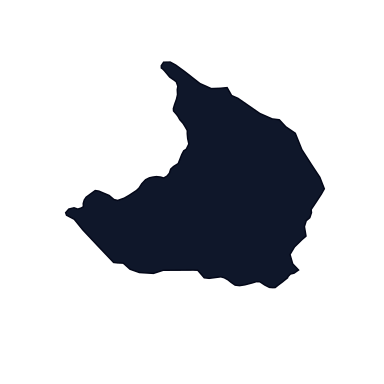 Boganangone, Lobaye, Central African Republic (Natural Earth projection), rotated 148°
{"feature_id": "33826404B50242901211322", "entity_name": "Boganangone", "entity_type": "district", "adm_level": 2, "iso_a3": "CAF", "parent_name": "Central African Republic", "parent_adm1": "Lobaye", "projection": "natural_earth1", "projection_center": [17.185, 4.689], "detail": "fine", "context": "isolated", "style": "filled", "palette": "ink", "viewbox_px": 384, "rotation_deg": 148, "n_neighbors": 0, "source": "geoboundaries", "source_scale": "gbopen_adm2", "svg_char_len": 1706}
<svg xmlns="http://www.w3.org/2000/svg" viewBox="0 0 384 384"><g transform="rotate(148 192 192)"><path d="M310.1,241.4L310.7,238.8L306.3,231.3L304.6,217.5L300.4,196.3L295.8,173.8L292.5,171.2L288.0,168.1L285.5,159.4L279.3,151.6L267.8,143.4L257.9,140.9L232.1,125.0L228.6,122.6L227.9,118.1L227.1,112.8L223.2,109.7L212.5,104.8L210.1,102.2L208.0,98.4L206.7,94.6L204.8,90.2L201.3,87.4L196.4,85.3L189.1,83.0L185.0,81.9L182.0,79.9L179.6,74.6L176.9,70.1L174.2,68.1L172.1,66.9L168.0,67.4L163.0,67.8L160.8,68.1L156.4,68.6L155.5,69.4L152.0,70.3L148.5,69.1L143.0,69.4L144.7,77.7L142.0,87.1L134.2,91.1L124.3,93.3L118.7,94.2L115.0,103.1L110.4,107.1L105.7,107.8L101.6,111.2L100.3,114.0L92.3,117.6L83.4,121.7L78.1,124.6L75.8,136.7L76.0,144.1L76.2,152.3L76.4,169.7L73.3,187.1L77.9,197.6L79.7,207.0L85.3,211.5L92.9,222.7L103.4,247.1L107.3,252.8L106.9,261.9L113.1,265.0L120.9,269.5L127.8,279.8L134.4,298.0L138.5,308.2L141.6,313.7L147.3,317.1L151.1,315.4L152.3,313.4L151.7,312.1L151.1,309.4L150.0,301.3L148.6,298.0L146.9,293.9L148.0,289.1L150.2,286.7L152.7,282.2L156.0,278.9L160.3,275.5L163.6,272.6L164.7,270.5L164.0,266.0L163.8,263.6L164.0,259.8L163.2,255.0L163.2,251.2L163.4,246.6L165.1,244.0L167.3,239.7L169.2,234.4L174.2,231.3L177.2,231.3L180.8,229.2L188.6,223.4L191.7,223.4L194.2,223.4L197.9,222.7L201.2,219.9L204.9,218.7L208.6,218.9L210.7,221.3L214.0,223.9L217.3,225.4L220.6,226.6L224.9,227.0L230.2,225.6L234.8,223.4L238.3,222.7L246.9,222.5L252.7,222.7L259.5,224.2L262.2,227.0L264.1,233.0L268.0,238.5L270.5,242.1L273.3,244.5L277.7,244.2L280.4,244.0L284.5,243.7L287.6,242.3L290.3,239.9L291.9,237.1L294.2,237.1L297.9,238.0L300.4,241.1L305.5,242.8L310.1,241.4Z" fill="#0f172a" stroke="#020617" stroke-width="1.5"/></g></svg>